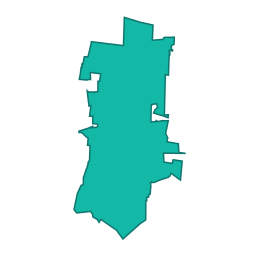 the district of Venado, San Luis Potosí, Mexico, rotated 268°
{"feature_id": "50627088B34430901612565", "entity_name": "Venado", "entity_type": "district", "adm_level": 2, "iso_a3": "MEX", "parent_name": "Mexico", "parent_adm1": "San Luis Potosí", "projection": "mercator", "projection_center": [-101.049, 22.921], "detail": "fine", "context": "isolated", "style": "filled", "palette": "teal", "viewbox_px": 256, "rotation_deg": 268, "n_neighbors": 0, "source": "geoboundaries", "source_scale": "gbopen_adm2", "svg_char_len": 3792}
<svg xmlns="http://www.w3.org/2000/svg" viewBox="0 0 256 256"><g transform="rotate(268 128 128)"><path d="M217.3,168.6L217.3,167.3L215.3,165.9L214.9,155.4L217.2,155.5L217.3,155.6L230.0,156.6L232.6,146.6L233.0,144.7L238.3,129.4L238.7,128.2L220.3,127.0L219.8,126.9L219.5,126.9L219.1,126.9L210.5,126.3L212.0,117.0L212.0,116.5L212.2,115.5L212.3,114.7L212.5,113.4L212.7,112.1L214.8,99.1L215.5,94.5L207.2,92.4L200.5,90.4L200.7,86.8L195.7,85.7L195.3,85.8L195.1,85.5L194.3,85.4L193.9,85.3L193.9,84.4L193.6,84.4L193.2,84.3L193.0,84.9L192.6,84.8L192.5,84.1L192.2,84.1L190.7,83.7L190.4,84.3L189.6,83.6L189.8,83.2L183.5,82.2L178.3,81.0L177.8,85.1L177.4,87.6L177.7,87.7L177.7,88.1L177.7,88.4L177.5,88.6L177.5,89.6L177.8,90.1L177.9,90.4L177.9,91.0L177.9,91.6L177.7,92.3L184.8,92.2L184.7,92.8L183.1,102.6L176.1,101.3L175.6,101.3L175.8,99.6L165.4,99.2L165.2,96.0L164.7,95.9L164.7,95.7L164.8,95.6L164.9,95.4L164.9,95.2L165.0,95.0L165.0,94.9L165.0,94.7L164.9,94.6L165.0,94.5L165.1,94.4L165.1,94.2L165.1,93.9L165.1,93.7L165.3,93.3L165.3,93.1L165.4,92.9L165.4,92.7L165.3,92.4L165.3,92.2L165.2,92.0L165.2,91.9L165.2,91.7L165.2,91.4L165.2,91.2L165.2,90.9L165.3,90.9L165.3,90.7L165.3,90.4L165.3,90.2L165.4,89.9L165.5,89.8L165.6,89.7L165.8,89.5L165.8,89.4L165.9,89.2L166.0,88.9L166.2,88.7L166.3,88.7L166.5,88.5L155.4,89.4L155.2,89.5L153.8,89.6L153.4,89.6L153.0,89.7L152.8,89.7L152.2,89.7L151.8,89.7L151.4,89.7L151.7,91.6L150.1,91.4L149.3,91.3L141.1,90.0L140.9,93.3L137.6,93.0L133.5,92.9L133.4,94.9L133.3,95.0L133.2,96.6L133.2,97.4L132.2,97.7L131.9,97.7L131.0,97.8L130.6,97.6L130.0,97.0L129.9,96.4L129.8,95.7L129.8,95.1L129.7,93.8L129.6,93.1L129.6,92.5L129.5,91.8L130.7,92.5L129.1,88.0L128.9,87.2L126.6,78.9L125.2,78.9L125.1,81.2L124.6,82.0L124.2,82.4L120.3,86.3L120.0,86.8L119.6,87.2L119.6,87.5L119.3,87.8L119.1,87.8L118.0,87.7L112.1,87.0L111.7,89.4L97.9,88.5L96.7,88.3L95.9,87.3L94.7,87.0L94.2,86.8L93.3,86.8L92.6,86.6L91.7,86.2L91.3,85.9L90.6,86.0L89.1,85.4L88.5,84.9L87.8,84.6L87.4,84.3L87.1,84.3L86.8,84.2L86.2,84.1L85.5,84.0L85.2,83.7L84.8,83.6L80.1,81.7L79.9,81.7L72.8,81.3L72.6,80.5L72.5,79.7L72.3,79.1L64.3,75.1L48.4,71.2L46.5,72.6L44.9,73.8L45.9,87.7L45.2,88.2L44.1,88.8L43.4,89.5L40.4,89.8L40.2,90.2L39.5,90.8L39.0,92.3L38.8,92.6L38.5,92.6L37.6,94.2L37.1,94.4L34.7,95.8L35.2,96.1L37.6,97.7L33.0,103.9L26.2,113.0L23.8,114.6L17.3,119.0L17.7,119.6L26.1,129.7L31.9,136.7L35.5,142.5L54.8,143.3L54.7,144.2L58.0,144.2L58.2,146.2L60.7,146.3L60.8,146.9L60.9,147.7L62.8,148.1L66.3,148.4L68.5,148.8L70.8,148.7L71.9,148.8L72.0,148.7L72.0,148.8L72.4,148.9L72.6,149.3L72.9,149.5L73.2,149.7L72.9,150.4L72.7,150.9L72.6,151.1L72.6,151.8L73.0,153.4L73.7,154.9L74.1,155.9L75.5,159.9L76.5,163.7L76.9,165.1L77.3,166.3L77.8,167.2L78.3,167.9L78.7,168.3L79.3,168.6L80.7,169.3L81.3,169.5L74.1,178.6L93.0,181.0L94.7,172.0L91.1,171.0L92.7,162.7L101.6,162.6L101.5,165.9L101.5,166.1L100.8,179.7L100.8,180.0L100.8,180.6L100.8,181.0L100.6,184.8L101.8,178.0L110.5,177.8L112.9,166.3L116.7,167.4L121.2,165.4L133.9,168.5L134.1,162.4L133.6,159.3L133.5,157.1L133.9,156.9L134.1,156.8L134.3,156.8L134.4,156.7L134.5,156.5L134.4,156.4L134.2,156.4L133.8,156.3L133.7,156.2L133.4,156.1L133.2,151.1L146.0,151.8L150.0,152.0L150.0,152.5L150.8,152.7L151.2,157.5L147.6,158.2L145.1,155.5L142.1,154.0L138.8,163.7L136.8,168.4L139.8,168.8L139.8,164.8L151.2,165.5L153.3,165.6L172.0,166.7L174.0,166.8L176.4,167.0L178.6,167.1L179.9,167.2L179.4,170.3L179.9,170.3L180.7,170.4L181.1,170.4L182.8,170.5L185.8,170.7L187.2,170.8L188.8,170.9L199.1,171.7L199.6,171.7L199.5,172.3L201.9,172.5L202.0,171.8L202.7,171.9L203.1,171.9L204.2,172.0L203.4,175.1L204.6,175.3L205.1,174.0L206.5,174.2L206.6,173.9L209.0,174.4L210.0,176.9L214.8,177.3L215.8,177.4L217.2,177.4L217.1,174.5L217.1,173.2L217.2,171.3L217.3,168.6Z" fill="#14b8a6" stroke="#0f766e" stroke-width="1.5"/></g></svg>